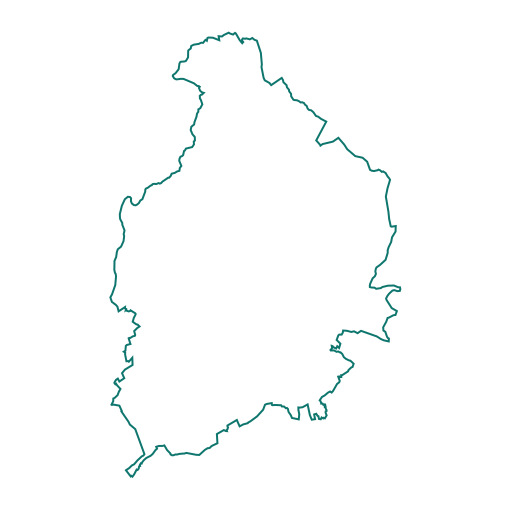 Brusturi, Bihor, Romania (Equal Earth projection), rotated 271°
{"feature_id": "2599482B67596025009849", "entity_name": "Brusturi", "entity_type": "district", "adm_level": 2, "iso_a3": "ROU", "parent_name": "Romania", "parent_adm1": "Bihor", "projection": "equal_earth", "projection_center": [22.262, 47.138], "detail": "fine", "context": "isolated", "style": "outline", "palette": "teal", "viewbox_px": 512, "rotation_deg": 271, "n_neighbors": 0, "source": "geoboundaries", "source_scale": "gbopen_adm2", "svg_char_len": 6076}
<svg xmlns="http://www.w3.org/2000/svg" viewBox="0 0 512 512"><g transform="rotate(271 256 256)"><path d="M471.3,253.1L472.2,250.6L473.9,248.5L472.5,246.1L473.4,242.4L473.0,241.3L473.3,239.1L472.2,238.3L471.0,238.4L469.7,239.5L468.5,238.5L471.6,235.9L478.1,232.0L478.7,231.1L477.0,229.2L478.0,226.1L478.8,224.8L476.4,220.0L474.9,218.1L475.1,214.8L471.1,215.5L473.5,209.1L473.6,204.7L473.2,203.7L470.4,203.1L471.3,202.0L470.9,201.4L468.2,199.4L468.3,197.5L467.1,195.1L466.2,190.1L464.9,187.6L462.3,187.1L460.7,185.0L459.9,184.6L453.4,184.6L449.9,182.6L449.3,181.4L448.9,177.4L448.4,176.7L447.1,176.1L441.4,175.4L437.4,172.4L435.6,170.0L434.6,169.6L432.3,171.0L431.4,172.6L431.2,173.7L431.8,177.5L431.8,180.5L427.6,190.9L425.0,194.3L424.9,195.8L424.2,196.8L423.1,196.0L420.2,197.3L418.7,199.1L418.2,200.9L416.5,199.2L416.1,198.0L415.1,197.0L412.4,197.2L411.2,198.1L406.7,199.7L402.8,197.7L401.6,195.8L399.2,195.8L397.4,194.6L394.0,194.0L388.9,192.2L386.4,191.8L384.1,189.1L380.8,188.5L376.5,190.4L374.0,192.7L370.4,192.9L369.4,191.8L366.5,192.0L363.8,190.3L362.2,184.1L360.2,183.0L359.7,182.2L355.6,181.4L354.6,180.3L353.9,178.7L351.9,177.8L349.8,177.6L344.8,179.8L342.7,178.3L339.8,177.9L339.2,175.7L337.7,173.4L336.8,170.2L334.7,169.4L332.8,167.8L332.8,166.9L328.7,161.1L327.2,159.8L326.7,158.6L327.2,157.4L326.2,155.0L326.4,152.9L326.0,151.3L324.9,150.5L324.6,149.4L322.4,146.7L321.5,144.8L320.6,144.2L318.4,144.1L310.8,141.4L309.4,139.3L306.9,138.0L305.4,136.3L304.6,134.8L304.8,133.0L306.3,131.0L308.6,130.0L311.5,130.1L312.7,129.1L313.0,126.9L310.5,123.9L303.9,121.0L295.5,119.1L292.2,119.3L290.4,119.6L286.7,121.7L284.9,121.8L279.3,124.1L275.4,123.3L273.9,123.8L272.2,123.7L268.6,123.3L264.3,121.5L262.9,120.8L260.3,117.7L257.5,116.8L252.5,116.2L248.6,114.6L239.6,114.6L236.7,115.3L235.7,116.0L233.1,116.4L224.5,115.8L215.1,112.7L212.1,111.1L207.6,112.7L204.7,116.7L203.0,118.3L198.3,119.6L202.6,125.9L201.5,125.8L200.7,126.9L199.6,126.7L200.1,127.3L199.1,127.5L198.4,129.6L198.7,131.0L199.5,131.5L196.6,136.3L195.9,136.7L195.2,136.5L191.9,134.9L188.1,133.9L185.6,137.5L185.3,138.9L183.5,140.8L181.9,138.5L178.8,135.5L174.9,136.6L174.1,136.3L173.4,134.0L171.9,131.8L171.9,130.8L171.5,130.1L165.8,132.0L164.8,128.4L163.8,127.4L159.1,127.1L158.0,125.5L157.1,126.9L155.5,126.8L148.5,128.3L148.7,130.0L148.1,130.7L152.1,134.1L144.9,134.5L140.1,126.9L136.5,124.1L131.5,126.4L128.1,121.6L131.0,120.0L129.8,118.3L128.1,117.2L126.7,116.6L125.3,117.6L125.9,118.3L124.1,119.5L120.7,122.8L118.0,121.3L114.4,120.0L111.7,117.2L111.0,115.8L108.4,115.8L104.8,114.1L104.6,114.4L104.9,116.2L104.0,122.0L98.7,124.5L98.4,124.1L97.7,124.5L87.9,131.5L85.3,132.8L80.8,138.3L55.9,147.9L54.5,146.9L53.6,145.2L49.4,140.9L45.6,137.8L44.4,135.5L41.8,133.0L39.5,129.7L33.5,134.5L34.1,135.0L33.2,136.3L35.4,137.9L40.4,140.4L40.0,141.3L41.3,142.4L43.6,142.8L44.0,143.8L45.1,143.5L46.8,144.6L46.5,145.3L48.1,146.0L50.0,147.5L52.1,149.8L54.4,154.1L56.2,156.1L60.2,158.9L61.6,160.4L63.5,159.6L64.4,162.3L64.5,166.0L65.0,167.7L60.4,170.5L57.0,173.9L56.1,174.0L55.3,175.5L55.3,176.8L56.2,179.1L56.1,180.5L56.8,182.8L57.3,188.1L57.9,189.8L56.2,199.6L56.1,202.8L61.2,208.2L63.0,211.0L63.1,212.4L63.6,213.5L64.6,214.2L65.7,215.8L68.1,220.7L77.3,220.0L81.4,226.9L80.5,228.8L80.4,230.0L81.4,229.6L82.5,230.6L84.2,231.0L84.8,230.5L86.0,230.4L91.7,239.7L85.4,242.6L87.4,246.2L88.7,250.7L89.3,251.0L90.7,253.4L95.6,259.8L102.4,265.8L107.4,267.6L108.2,269.1L109.2,274.3L107.4,274.5L107.1,275.3L107.4,277.6L107.2,283.7L106.0,284.5L106.0,286.6L104.3,288.6L104.6,289.6L103.6,290.6L100.6,291.3L97.6,293.5L94.7,294.8L93.4,301.6L98.5,302.0L102.8,301.1L105.3,301.0L105.2,302.3L105.6,305.2L108.5,310.2L98.0,312.6L93.3,314.6L93.9,317.9L98.6,316.9L99.3,319.0L97.2,320.4L96.9,321.2L94.2,321.8L93.9,323.6L95.7,324.4L94.8,326.0L95.4,326.5L94.9,327.7L97.9,329.4L100.6,328.3L101.9,328.4L102.2,329.2L103.2,329.2L104.8,328.3L106.5,328.2L106.3,327.4L107.7,327.3L108.3,327.8L108.8,327.6L108.8,326.8L108.4,325.9L109.7,325.1L109.5,323.8L111.8,323.2L112.8,322.2L116.2,324.4L117.7,327.0L120.6,330.3L121.8,332.4L120.8,334.0L122.4,335.4L129.5,339.3L131.1,341.3L131.9,341.7L132.6,341.9L136.8,340.3L137.0,341.1L136.2,341.3L136.5,343.4L138.3,343.2L138.4,344.3L142.3,350.1L143.6,350.5L146.2,353.2L146.8,354.5L150.0,355.5L153.0,352.2L153.1,351.1L154.8,347.6L156.4,345.6L159.5,344.0L161.1,342.3L160.9,341.9L162.0,339.9L161.6,338.3L163.0,335.5L162.8,332.5L163.3,332.1L165.2,333.7L167.5,333.3L167.3,334.0L165.9,335.5L164.9,337.7L167.2,338.8L165.5,340.7L169.8,341.9L173.5,338.1L178.0,339.7L178.9,340.6L178.9,343.0L180.8,344.1L183.0,344.4L182.8,348.3L181.7,352.7L182.4,355.3L180.6,358.9L183.0,362.3L177.7,378.2L175.1,382.4L173.9,385.4L172.9,390.2L175.8,390.3L176.4,389.2L177.6,388.4L182.5,386.6L183.7,384.7L186.9,384.4L192.4,387.3L196.4,388.7L196.6,389.7L199.2,394.5L199.5,396.5L203.4,397.8L206.3,392.6L214.3,387.3L215.8,386.8L218.4,388.1L220.7,389.8L223.8,393.0L224.3,394.8L223.3,398.1L223.6,400.4L225.4,400.9L227.2,400.5L227.2,398.8L228.9,394.4L228.6,388.3L227.2,382.9L226.1,381.4L225.3,376.7L226.4,375.1L226.5,372.1L226.9,370.4L228.3,370.3L230.1,370.6L235.7,373.0L237.8,375.2L240.2,376.2L242.7,375.6L245.2,376.0L246.7,376.7L249.2,380.1L254.4,385.6L261.3,387.6L264.3,387.6L267.2,388.5L272.4,390.9L277.1,391.7L282.9,395.1L288.4,395.2L287.7,391.2L288.0,390.2L295.3,388.5L302.7,387.6L317.7,384.8L325.9,386.3L334.5,388.7L336.2,387.7L337.8,386.2L341.2,384.2L342.8,381.6L342.3,380.4L343.8,378.6L344.5,377.0L343.9,376.2L343.0,372.5L343.3,370.2L344.2,368.5L352.2,365.5L356.1,360.9L357.6,353.5L364.4,345.3L368.9,342.3L375.6,336.3L371.7,330.9L369.1,320.7L367.5,318.5L368.4,318.1L372.6,314.2L391.6,323.9L394.2,318.7L396.4,315.7L397.1,313.5L400.7,310.9L402.6,308.7L403.0,306.4L404.4,305.0L406.9,304.1L408.3,302.2L409.7,301.4L410.5,299.5L410.3,298.0L411.4,296.5L412.4,294.3L412.6,291.7L412.9,290.7L416.2,288.4L418.8,288.2L421.2,286.3L422.9,286.0L425.2,284.0L427.3,283.6L430.2,280.4L432.4,279.9L434.5,278.6L427.1,268.2L429.2,266.5L431.8,261.7L434.3,260.5L444.9,258.2L447.7,258.5L459.2,257.3L471.3,253.1Z" fill="none" stroke="#0f766e" stroke-width="2"/></g></svg>